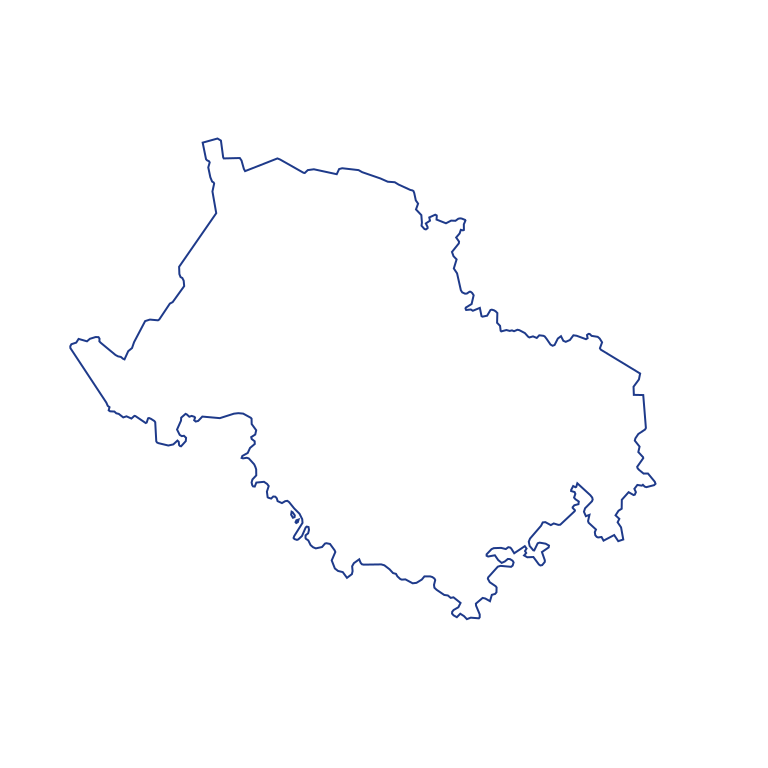 map outline of Omsk (Albers equal-area conic projection), rotated 304°
{"feature_id": "RUS-2397", "entity_name": "Omsk", "entity_type": "Region", "adm_level": 1, "iso_a3": "RUS", "parent_name": "Russia", "parent_adm1": "", "projection": "albers", "projection_center": [72.959, 56.006], "detail": "fine", "context": "isolated", "style": "outline", "palette": "blue", "viewbox_px": 768, "rotation_deg": 304, "n_neighbors": 0, "source": "natural_earth", "source_scale": "10m", "svg_char_len": 6167}
<svg xmlns="http://www.w3.org/2000/svg" viewBox="0 0 768 768"><g transform="rotate(304 384 384)"><path d="M243.0,524.7L237.3,522.1L234.8,519.2L234.0,511.0L231.8,508.2L231.4,506.6L232.0,502.7L233.3,500.1L232.3,497.2L233.5,492.2L233.9,485.7L232.9,482.6L222.9,468.2L222.2,466.5L222.7,464.6L224.8,461.5L218.6,459.2L215.1,459.5L211.3,462.6L208.4,463.7L202.6,461.7L205.0,455.0L203.3,450.4L203.6,446.4L208.5,439.3L217.5,437.6L218.5,436.1L221.2,428.7L219.8,425.3L218.7,424.3L214.2,423.8L209.6,419.4L209.0,416.5L209.4,413.2L212.0,408.7L212.0,405.8L212.5,405.0L214.7,403.6L217.8,404.6L221.1,403.4L223.2,401.4L222.6,399.7L221.3,399.3L212.1,401.0L207.2,399.8L206.1,399.0L205.4,396.5L205.8,395.1L207.8,394.6L223.3,394.1L226.2,391.8L229.2,386.5L230.6,379.2L233.0,371.4L233.1,369.2L231.6,367.6L228.2,366.0L227.4,361.3L229.3,359.0L229.8,356.9L228.8,355.1L225.9,354.5L225.0,351.6L225.1,350.8L229.3,347.1L234.9,345.5L235.8,343.0L235.8,339.2L230.9,333.3L226.7,334.2L225.9,332.7L226.4,331.4L228.3,329.3L231.3,328.3L236.8,329.2L241.7,325.8L243.2,323.9L244.8,321.3L246.7,313.5L246.1,311.5L243.5,308.7L243.1,307.3L245.2,306.8L250.6,309.6L256.1,308.7L262.0,310.4L264.2,308.8L264.4,305.1L265.7,303.6L270.1,305.5L274.2,303.9L276.8,296.7L281.2,293.6L281.5,292.4L280.7,283.8L278.4,279.6L275.5,276.2L263.9,267.0L255.4,251.6L249.5,250.6L247.6,248.9L247.8,246.9L250.4,246.2L250.8,245.3L250.0,242.4L248.0,240.9L248.5,237.6L248.3,236.2L242.7,234.7L240.1,236.2L230.5,237.9L227.6,243.1L227.7,245.5L229.2,247.1L228.7,250.0L225.8,251.6L218.9,250.6L218.5,249.7L218.8,248.3L221.3,246.1L221.6,244.4L216.1,243.1L212.4,239.6L208.8,230.0L208.6,228.4L209.2,227.2L224.4,215.7L224.9,214.3L224.8,210.3L224.4,208.2L223.6,207.6L219.4,208.8L218.4,208.3L218.4,195.8L218.0,194.9L214.1,193.9L213.2,188.6L210.5,186.5L210.9,180.8L210.0,178.4L210.4,175.9L208.2,172.2L208.2,170.5L211.3,169.4L211.4,167.2L213.3,164.2L238.4,103.9L239.9,102.8L242.2,102.6L246.2,105.7L250.6,105.6L253.3,113.9L257.0,114.9L261.6,118.6L263.2,121.1L262.5,122.8L260.2,124.2L259.8,125.9L257.9,145.2L258.2,148.1L259.3,150.7L259.0,153.6L259.3,155.1L268.2,153.6L272.9,155.0L278.9,153.4L302.6,150.8L306.5,153.9L310.4,161.0L311.8,161.6L330.9,161.5L333.7,163.0L353.4,163.6L357.6,160.2L359.1,157.5L358.9,155.5L360.7,152.9L366.6,148.6L431.8,149.4L447.7,134.1L455.2,131.1L455.8,130.1L455.7,128.3L458.3,124.4L465.3,117.2L470.2,115.6L470.8,114.5L470.5,112.1L470.9,110.7L482.7,98.7L494.4,108.7L494.6,112.7L482.0,123.9L481.4,125.0L490.7,138.1L489.6,140.9L484.0,147.5L482.8,149.8L511.4,169.5L512.0,172.3L514.1,199.1L514.6,200.3L518.7,201.2L522.8,205.8L531.5,227.5L537.1,226.6L539.5,228.7L547.1,243.3L547.4,247.4L552.4,266.1L553.8,274.0L557.3,280.1L557.5,284.6L559.6,297.3L560.4,299.4L560.4,300.6L559.2,302.3L554.0,307.7L552.6,311.4L546.6,312.9L544.9,320.5L539.0,325.2L536.2,326.6L535.1,330.9L535.6,332.3L537.5,333.0L538.5,332.4L540.5,328.9L545.1,330.8L547.4,328.4L553.0,331.8L553.2,333.4L552.8,333.8L549.7,335.6L551.9,345.5L557.0,348.3L559.3,352.0L562.6,353.2L563.9,354.5L564.6,355.9L565.4,359.5L565.1,360.1L561.0,360.9L556.4,364.1L555.5,363.5L554.8,361.5L551.1,362.5L545.8,361.9L544.0,366.6L542.4,367.4L531.5,366.5L528.8,370.2L527.9,374.5L518.8,377.3L516.6,382.7L504.7,395.3L503.7,397.6L504.2,400.7L505.3,402.1L508.3,403.3L508.9,404.2L508.8,406.1L507.7,408.7L499.3,411.9L493.1,409.1L492.1,409.4L491.3,410.7L494.3,414.3L494.4,416.7L500.7,420.9L494.8,426.9L494.9,428.0L498.3,431.3L504.9,430.9L505.9,431.8L506.6,433.9L506.7,435.9L506.2,438.3L498.0,443.5L497.1,447.7L493.4,450.9L493.2,451.8L497.2,455.3L498.3,458.5L500.0,460.1L500.5,462.3L503.6,464.3L504.3,466.1L505.0,472.3L503.8,477.1L503.9,478.5L506.8,480.9L507.6,484.9L511.2,485.5L513.1,489.2L513.3,490.6L512.4,493.4L509.8,500.0L510.0,502.4L511.7,503.6L518.9,502.7L522.6,504.0L520.1,508.5L520.6,511.1L524.4,513.5L530.3,513.8L531.7,516.7L534.1,526.4L535.8,527.2L538.1,524.9L539.9,525.5L540.5,526.5L540.0,529.2L542.6,534.8L542.3,537.4L540.5,541.5L534.4,543.0L533.7,544.5L535.9,590.5L530.3,592.8L521.3,592.4L514.7,597.2L519.8,605.1L494.0,625.7L492.3,625.9L484.8,622.8L479.5,622.8L477.3,623.6L475.0,630.9L469.8,632.9L468.2,639.7L467.5,640.4L456.9,640.2L455.9,641.5L455.4,643.7L454.9,649.3L457.4,652.9L454.4,663.1L453.1,664.9L451.2,664.5L445.2,659.2L444.7,657.5L445.2,655.0L443.9,654.6L442.0,650.5L437.1,650.2L435.2,653.3L432.5,653.8L431.5,653.0L431.1,647.3L421.0,645.9L413.5,650.8L410.1,649.3L404.6,649.4L403.8,654.5L400.0,655.0L397.7,660.7L388.9,669.3L384.7,666.1L387.5,659.3L376.9,653.6L378.8,649.9L376.5,647.3L376.2,645.8L376.8,643.7L379.1,641.6L381.9,641.1L383.4,631.2L384.5,629.8L390.4,627.5L387.3,625.3L389.9,621.2L393.4,620.2L403.1,622.0L404.9,621.6L406.3,620.1L407.2,617.2L409.8,599.8L406.2,600.9L405.5,600.5L405.2,597.9L400.8,598.4L399.9,599.0L401.0,602.4L399.9,604.1L396.1,605.1L395.5,607.2L395.5,611.2L393.1,612.4L389.9,609.6L387.3,609.3L386.8,609.7L386.1,612.9L385.2,613.2L365.9,608.8L364.7,607.3L363.3,602.7L360.3,601.2L359.7,595.0L358.0,593.0L354.4,593.5L337.5,591.5L334.2,592.2L331.2,595.3L329.6,600.8L330.0,601.6L337.9,600.5L339.5,601.7L342.0,607.3L342.3,611.1L340.6,611.9L333.0,608.9L327.8,615.9L326.4,616.8L322.3,616.4L321.0,615.1L321.0,613.3L324.1,604.6L320.5,599.7L320.2,596.0L323.4,596.4L324.4,594.3L327.3,594.2L328.3,591.4L316.5,586.6L318.7,581.6L319.0,580.2L318.2,578.3L315.3,577.3L313.6,572.7L309.3,566.8L307.2,565.5L300.2,564.3L299.0,565.1L299.2,566.8L304.0,571.7L301.9,577.1L301.5,581.6L304.4,583.4L308.2,584.5L309.3,586.4L309.4,589.4L308.6,591.2L305.4,592.2L303.5,591.6L298.4,582.3L296.2,580.5L281.9,578.5L280.6,579.0L278.8,582.5L278.8,589.6L278.3,591.1L274.2,593.7L272.1,593.5L269.5,591.3L263.2,593.3L262.8,587.9L261.8,585.4L253.3,583.0L251.7,584.3L246.5,592.2L244.1,593.8L242.8,593.7L238.8,586.6L235.4,584.2L236.3,580.1L236.2,575.7L231.4,574.8L231.1,571.0L231.7,568.8L233.3,567.9L235.6,568.1L240.5,570.5L245.3,569.9L246.0,560.9L244.0,558.9L244.4,555.2L242.8,551.9L242.8,542.7L243.3,539.7L245.4,537.8L250.1,536.1L250.9,534.6L251.0,532.1L250.3,529.8L247.1,525.1L243.0,524.7ZM223.7,380.1L226.5,378.8L226.6,379.9L225.2,383.5L223.6,384.3L222.2,383.3L223.7,380.1ZM222.1,387.6L223.9,389.0L221.3,389.8L219.7,389.0L220.0,387.9L222.1,387.6Z" fill="none" stroke="#1e3a8a" stroke-width="2"/></g></svg>